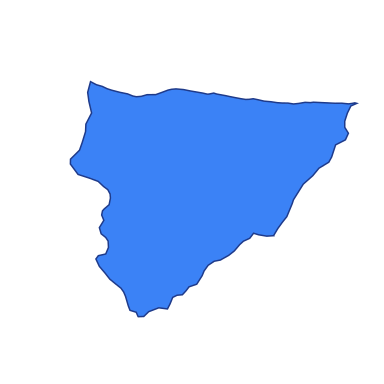 the district of Agios Tychon, Limassol, Cyprus, rotated 198°
{"feature_id": "46923920B2520611836654", "entity_name": "Agios Tychon", "entity_type": "district", "adm_level": 2, "iso_a3": "CYP", "parent_name": "Cyprus", "parent_adm1": "Limassol", "projection": "albers", "projection_center": [33.134, 34.723], "detail": "fine", "context": "isolated", "style": "filled", "palette": "blue", "viewbox_px": 384, "rotation_deg": 198, "n_neighbors": 0, "source": "geoboundaries", "source_scale": "gbopen_adm2", "svg_char_len": 1756}
<svg xmlns="http://www.w3.org/2000/svg" viewBox="0 0 384 384"><g transform="rotate(198 192 192)"><path d="M62.7,327.2L64.7,327.1L67.0,325.8L70.3,324.2L77.1,322.7L83.4,320.6L104.3,314.9L107.0,313.6L112.2,312.2L117.7,309.3L122.6,307.1L128.3,306.2L133.7,304.5L138.5,303.3L145.0,302.2L151.5,300.7L158.3,300.1L162.6,299.6L166.3,297.8L169.6,296.6L173.9,295.9L179.2,295.2L185.9,294.4L189.9,294.0L198.8,292.8L201.9,292.8L206.3,290.3L207.7,289.8L212.3,289.4L224.7,287.6L231.7,286.8L239.1,285.1L243.3,283.3L246.3,281.5L252.2,276.8L256.6,273.4L260.5,272.1L264.9,270.6L269.8,267.3L274.4,265.4L277.9,265.0L283.6,265.4L291.5,264.5L299.9,264.0L304.6,264.0L309.9,264.7L316.1,264.5L322.6,265.6L322.5,263.8L322.0,254.5L318.0,246.2L311.9,236.1L313.9,223.8L311.9,216.5L311.7,205.1L311.9,197.0L317.7,185.7L316.3,181.0L305.8,173.5L294.3,173.5L284.5,173.1L277.8,169.9L272.8,168.2L269.3,164.8L267.7,161.0L266.9,154.3L270.3,148.7L271.3,146.4L270.8,142.2L267.1,137.8L269.1,129.5L265.5,124.2L260.0,122.1L256.6,119.4L254.3,113.4L254.9,106.4L261.4,102.5L262.7,98.6L257.1,92.6L249.6,88.0L243.2,83.7L236.3,81.0L229.9,78.6L226.1,75.8L222.9,72.1L217.4,64.0L214.4,60.3L207.9,60.4L204.8,56.9L204.6,56.8L199.4,58.7L196.2,64.8L187.8,71.6L179.2,73.2L178.3,78.8L177.8,85.8L174.3,89.2L169.4,91.3L167.2,96.1L165.5,100.9L159.0,105.8L156.5,115.5L156.1,120.7L154.0,127.3L149.5,133.0L143.9,136.1L142.6,137.6L137.5,143.1L133.5,149.1L130.4,156.7L127.9,161.1L122.8,165.8L120.7,171.8L115.4,171.9L107.3,173.1L100.8,175.7L100.9,175.8L99.1,183.8L96.8,190.9L94.2,197.9L93.1,211.9L93.1,215.9L93.1,216.0L88.6,233.9L82.2,244.8L78.6,253.9L71.1,262.6L70.0,268.4L70.0,281.2L62.2,289.0L61.4,296.2L66.7,300.7L68.6,306.5L68.6,315.2L67.5,322.9L62.7,327.2Z" fill="#3b82f6" stroke="#1e3a8a" stroke-width="1.5"/></g></svg>